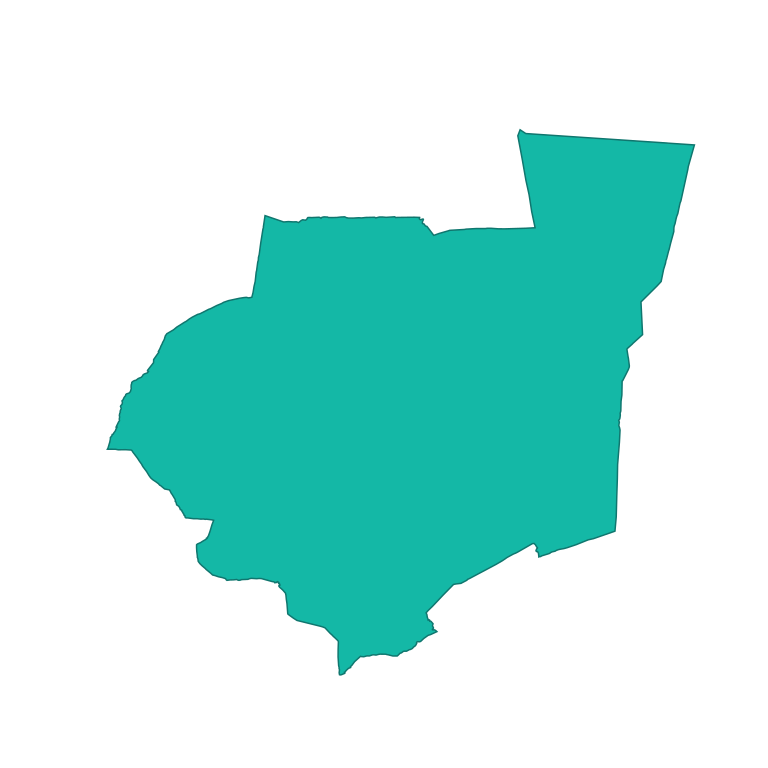 the district of Darova, Timis, Romania, rotated 11°
{"feature_id": "2599482B42801620719721", "entity_name": "Darova", "entity_type": "district", "adm_level": 2, "iso_a3": "ROU", "parent_name": "Romania", "parent_adm1": "Timis", "projection": "equal_earth", "projection_center": [21.73, 45.612], "detail": "fine", "context": "isolated", "style": "filled", "palette": "teal", "viewbox_px": 768, "rotation_deg": 11, "n_neighbors": 0, "source": "geoboundaries", "source_scale": "gbopen_adm2", "svg_char_len": 6169}
<svg xmlns="http://www.w3.org/2000/svg" viewBox="0 0 768 768"><g transform="rotate(11 384 384)"><path d="M395.8,677.9L396.6,677.9L397.7,677.5L400.4,675.7L400.7,675.3L400.2,674.8L400.1,674.5L400.8,674.1L401.5,672.5L403.4,669.9L405.3,668.7L405.0,668.3L405.0,667.9L406.2,666.2L408.1,662.2L412.9,655.8L413.7,655.9L416.2,655.6L419.0,654.2L421.6,653.7L424.2,652.2L425.4,651.8L427.9,651.6L430.6,650.3L431.8,649.9L437.4,648.9L438.7,649.1L439.3,649.0L444.7,649.3L449.0,648.4L451.2,645.2L452.4,644.6L454.0,642.8L455.2,642.3L456.7,642.1L457.5,641.7L459.5,640.0L460.7,639.5L462.3,638.2L463.2,636.6L464.4,635.4L465.0,634.4L465.6,632.3L465.3,631.7L465.5,631.0L466.2,630.5L468.0,630.3L469.1,629.7L471.6,626.2L475.3,622.3L477.5,621.1L483.2,617.0L482.3,616.4L480.7,615.7L478.5,616.0L478.3,615.6L478.4,615.3L478.9,614.7L479.1,614.2L478.8,613.3L478.3,613.1L477.9,612.6L477.7,611.8L477.9,610.0L475.5,608.1L474.5,607.8L474.1,608.0L473.9,607.3L473.7,607.0L473.1,606.9L472.4,607.4L472.2,607.1L472.0,606.3L471.0,604.7L470.1,602.2L469.0,600.6L470.5,598.0L474.0,593.0L482.1,580.2L490.5,567.5L492.6,566.6L497.6,565.0L498.2,564.5L502.7,560.9L503.4,559.8L505.2,558.5L528.4,539.7L534.0,534.8L538.0,530.7L543.6,526.1L545.5,524.9L547.4,523.4L560.1,512.4L561.8,511.9L563.5,513.1L565.0,514.9L565.8,515.3L565.9,515.8L565.3,516.8L565.1,517.8L565.0,518.8L565.8,519.4L566.7,519.2L567.8,520.5L568.3,521.9L569.0,524.2L569.7,523.7L570.7,523.5L571.6,522.6L577.8,519.3L579.0,518.6L579.8,517.6L581.1,516.7L583.8,515.5L584.9,514.5L586.5,513.5L588.2,512.7L592.1,511.2L595.1,509.7L603.4,505.0L614.2,498.0L619.2,495.8L638.8,484.4L637.3,470.0L633.8,449.1L631.1,432.2L628.7,418.6L626.2,396.2L624.5,384.2L623.6,382.0L622.4,380.0L622.3,376.6L621.3,374.8L621.9,373.9L622.1,372.5L621.9,369.4L621.4,367.8L621.6,365.3L620.0,355.8L619.7,350.7L619.6,349.4L617.2,335.7L617.7,335.1L619.6,328.5L621.1,323.1L621.5,320.7L621.4,319.4L619.0,312.1L618.4,310.7L615.8,303.5L616.2,302.6L620.0,297.6L620.6,296.6L628.4,286.2L620.6,254.4L633.5,235.4L636.5,230.5L636.6,218.2L637.3,211.6L637.2,209.0L637.5,207.6L638.0,199.0L638.2,197.7L638.5,191.0L639.4,179.1L638.8,175.6L638.7,173.7L639.1,171.0L639.2,165.8L639.4,163.4L639.9,160.7L640.0,151.9L640.1,149.7L640.5,147.7L641.3,115.4L641.2,112.6L643.1,90.1L475.4,111.1L469.1,108.5L468.0,114.8L476.8,137.0L484.5,157.1L490.3,170.5L496.1,186.6L502.5,201.8L493.3,204.1L473.3,208.6L467.0,209.8L459.5,210.7L455.7,211.4L453.8,212.1L444.5,213.9L435.1,216.3L433.3,217.0L421.2,220.1L419.2,220.6L418.0,221.3L409.4,225.7L404.5,228.6L396.1,221.1L394.5,221.0L392.8,219.3L391.3,219.2L391.0,218.9L390.8,217.2L391.3,215.1L390.9,214.6L390.0,214.9L388.9,215.7L388.1,215.7L387.2,215.1L387.0,214.5L387.3,213.9L387.8,213.6L382.0,214.5L365.5,217.9L363.6,218.4L362.7,217.8L354.3,220.0L351.2,220.3L347.5,221.0L344.3,222.5L343.8,222.5L343.1,222.1L334.3,224.0L330.2,225.3L327.6,225.6L322.2,227.0L317.4,227.9L315.3,227.9L313.6,227.4L309.8,228.3L306.0,229.5L301.5,230.5L297.5,231.2L296.7,230.9L293.2,231.4L291.3,232.2L290.5,233.3L289.4,232.8L288.4,232.7L281.0,234.5L279.3,234.7L277.6,235.1L277.2,235.6L277.0,236.5L275.8,238.2L272.9,238.3L271.6,239.2L269.4,241.8L267.0,241.5L263.9,242.2L259.2,242.8L254.6,244.1L235.1,241.4L235.6,252.8L235.8,253.5L235.6,255.0L236.1,269.3L236.8,280.8L236.6,283.6L237.0,286.6L236.8,288.4L237.3,297.0L237.2,298.6L238.0,308.0L237.8,312.8L238.0,319.2L237.7,324.1L234.7,325.3L232.3,325.2L230.0,325.9L225.8,327.4L215.5,331.8L211.0,334.4L209.2,336.0L204.8,338.9L199.3,343.2L197.7,344.1L189.9,350.2L187.8,351.2L183.0,355.0L180.4,357.4L177.8,360.3L176.5,361.3L169.7,367.7L167.0,371.0L161.3,376.0L160.2,378.3L159.9,380.7L159.9,381.7L159.5,383.3L158.8,385.4L158.5,387.2L157.9,389.0L157.3,392.1L156.3,395.2L156.9,395.7L153.2,403.9L153.7,407.0L149.4,415.5L149.3,416.2L150.4,416.7L150.2,417.2L149.5,418.3L147.1,419.7L145.9,420.7L145.3,422.4L144.5,423.7L141.7,425.5L140.0,427.5L138.3,428.3L137.2,429.2L136.5,429.9L136.1,430.7L136.2,431.9L136.0,433.2L136.4,435.6L136.8,436.7L136.5,439.8L135.6,441.4L135.2,441.7L133.2,442.8L132.6,443.5L132.4,445.1L131.7,446.2L131.4,447.0L131.1,448.0L131.0,449.0L130.0,450.6L130.7,451.9L130.8,452.9L130.6,454.1L129.7,455.6L129.6,456.3L130.7,458.0L130.7,458.7L130.5,459.2L130.2,460.9L130.2,461.2L130.6,461.9L130.2,463.1L130.2,465.3L130.8,466.9L130.8,468.9L131.3,470.2L131.3,470.7L130.7,471.8L129.2,477.5L129.4,477.7L130.0,477.0L130.2,477.5L129.8,478.3L129.1,481.7L128.2,483.3L127.8,484.8L126.8,485.4L126.8,486.7L125.6,488.8L125.9,490.2L125.9,493.3L125.3,499.5L124.9,500.8L132.9,499.3L135.6,499.3L142.8,497.8L148.2,497.1L149.1,497.3L150.6,498.9L156.1,503.8L158.6,506.4L161.8,509.4L162.0,509.9L163.4,511.4L167.6,515.2L170.8,518.7L172.8,520.6L175.1,522.0L178.9,523.6L181.6,524.9L183.1,526.1L184.0,526.3L188.7,528.9L193.7,528.9L196.3,532.2L196.8,532.5L201.2,537.4L201.5,539.1L202.3,539.6L203.1,541.2L203.5,542.2L204.3,542.5L205.8,543.2L207.0,544.4L208.1,546.2L209.4,546.4L209.6,546.6L210.0,547.6L211.0,548.5L211.7,549.5L212.2,549.8L212.9,551.1L213.6,551.3L214.3,552.8L214.7,553.1L215.4,553.2L217.0,552.9L222.6,552.6L226.1,551.9L229.9,551.6L233.0,550.9L234.3,551.0L235.2,550.6L240.9,550.2L242.8,550.3L242.0,554.9L241.3,562.1L240.6,566.6L240.0,568.1L240.0,568.9L239.7,569.3L239.3,569.1L239.1,569.3L239.2,569.7L238.8,570.5L235.8,573.1L234.3,574.6L231.3,576.7L230.7,577.6L231.2,580.3L232.1,583.9L233.6,588.5L233.8,589.7L234.6,590.9L235.5,593.6L237.6,595.5L240.0,597.1L244.1,599.4L244.6,599.9L250.0,602.8L252.2,604.2L254.6,604.3L258.1,604.8L262.4,604.9L264.7,605.2L265.6,605.3L266.5,606.3L267.3,606.7L270.3,605.7L273.5,605.0L276.8,604.0L278.0,604.4L279.1,604.4L280.9,603.7L281.1,603.3L287.7,601.7L289.1,600.8L290.7,600.1L296.2,599.4L298.5,598.7L300.8,598.4L312.3,599.3L313.5,599.1L314.9,600.0L316.1,599.0L316.6,599.3L317.4,598.3L319.2,599.6L318.8,600.0L320.0,600.8L320.2,601.4L319.3,602.2L319.6,602.8L320.6,603.6L323.7,605.4L327.1,608.0L328.0,609.9L329.3,614.3L330.6,617.9L333.3,627.7L333.8,628.4L339.9,631.2L343.7,632.7L367.1,633.9L369.8,634.1L372.6,634.6L378.7,639.0L381.2,640.5L382.5,641.5L383.8,642.2L387.8,644.8L388.4,645.7L389.6,653.2L391.0,660.7L393.2,669.1L394.0,670.8L394.2,671.9L394.8,672.9L395.1,676.1L395.8,677.9Z" fill="#14b8a6" stroke="#0f766e" stroke-width="1.5"/></g></svg>